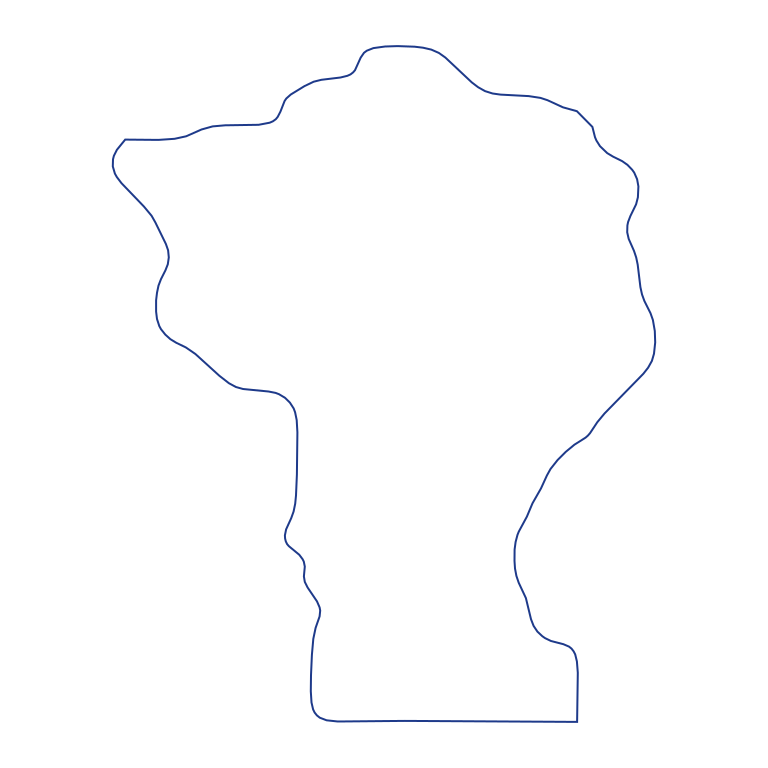 Villa Tapia, Hermanas, Dominican Republic (Albers equal-area conic projection)
{"feature_id": "3306468B10183104109049", "entity_name": "Villa Tapia", "entity_type": "district", "adm_level": 2, "iso_a3": "DOM", "parent_name": "Dominican Republic", "parent_adm1": "Hermanas", "projection": "albers", "projection_center": [-70.39, 19.285], "detail": "fine", "context": "isolated", "style": "outline", "palette": "blue", "viewbox_px": 768, "rotation_deg": 0, "n_neighbors": 0, "source": "geoboundaries", "source_scale": "gbopen_adm2", "svg_char_len": 2391}
<svg xmlns="http://www.w3.org/2000/svg" viewBox="0 0 768 768"><path d="M592.4,126.9L576.9,111.2L562.9,107.3L547.5,100.2L540.5,97.9L528.7,96.1L500.5,94.6L492.6,93.5L485.0,91.1L478.1,87.2L471.8,82.4L445.3,57.5L438.8,52.9L431.3,49.6L423.0,47.7L414.6,46.7L397.6,46.1L385.1,46.5L373.4,48.1L366.8,50.7L364.0,52.8L360.7,57.6L355.0,70.2L353.1,72.4L350.5,74.4L347.4,75.8L340.5,77.5L321.4,79.8L313.7,81.7L304.5,86.1L290.8,94.5L286.3,98.5L284.6,101.0L280.4,111.7L277.7,116.9L275.8,119.2L272.9,121.3L269.7,122.7L258.6,124.8L225.2,125.3L212.6,126.4L201.5,129.5L186.1,136.3L174.6,138.8L158.4,139.9L125.2,139.6L116.9,149.8L113.9,155.8L113.0,159.3L112.8,166.4L114.9,173.6L116.8,177.0L121.5,183.2L143.9,206.5L151.6,215.8L155.4,222.5L165.9,244.0L168.1,250.3L168.8,257.4L167.8,264.3L165.4,270.4L161.0,279.1L158.5,285.6L157.0,292.8L156.1,300.3L156.1,311.6L157.0,319.0L159.3,326.1L161.0,329.2L165.3,334.6L170.4,339.2L176.3,342.8L185.8,347.4L195.4,354.0L219.4,375.8L228.9,383.2L235.9,387.0L243.0,389.0L268.5,391.5L275.6,392.9L279.0,394.2L285.0,397.8L289.9,402.6L293.7,408.5L295.1,412.3L296.7,420.1L297.4,432.3L296.9,474.5L296.0,495.5L295.2,503.7L293.6,511.5L291.2,518.2L286.1,529.4L284.9,535.4L285.1,538.5L285.8,541.4L287.1,544.1L288.9,546.2L299.3,554.8L302.6,559.2L303.8,561.6L304.8,566.6L303.9,576.4L304.8,581.9L307.6,587.5L317.0,601.4L319.6,607.4L320.2,610.6L319.6,616.4L315.6,627.9L313.3,638.9L311.9,654.9L311.0,675.3L310.8,691.3L311.5,702.5L313.1,709.4L314.6,712.5L316.9,715.4L319.8,717.7L326.6,720.3L337.8,721.5L404.9,720.9L577.1,721.9L577.8,672.8L576.9,661.4L575.2,654.4L573.6,651.3L571.5,648.6L569.0,646.6L563.4,644.2L551.0,641.0L545.0,638.1L542.3,636.2L537.4,631.6L533.6,625.9L531.0,619.2L525.9,598.1L518.7,582.7L516.4,575.9L515.0,568.5L514.5,560.9L514.6,549.5L515.6,542.0L517.5,534.8L518.8,531.6L526.9,516.6L532.5,503.3L541.0,488.4L546.9,475.5L550.5,469.0L557.6,460.0L565.8,451.8L574.4,444.7L585.6,437.6L587.9,435.6L590.0,433.2L597.3,422.2L604.5,413.5L643.3,373.8L648.1,367.7L651.9,360.9L654.0,353.7L655.2,342.4L654.8,331.0L652.9,320.0L650.5,313.2L644.4,301.0L642.0,294.4L640.4,287.1L637.7,264.7L636.2,257.5L634.0,250.9L628.7,238.9L627.2,232.3L627.4,225.4L628.1,222.0L630.4,216.0L636.1,204.3L637.9,197.3L638.4,186.4L637.1,179.2L634.2,172.6L632.2,169.8L627.5,164.9L622.1,161.1L613.0,156.6L607.2,153.1L600.0,146.2L596.4,140.5L595.0,137.2L592.4,126.9Z" fill="none" stroke="#1e3a8a" stroke-width="2"/></svg>